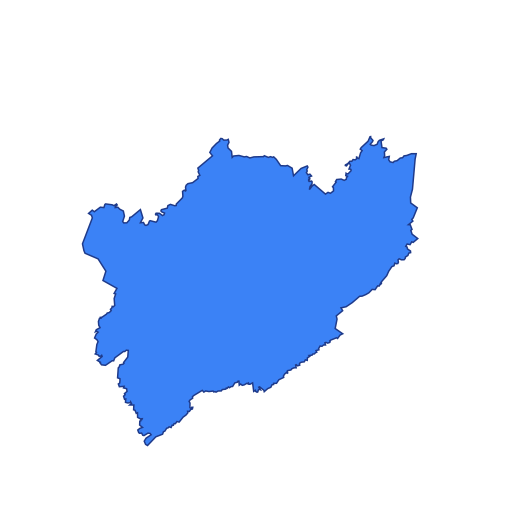 outline of Nocupétaro, Michoacán, Mexico, rotated 240°
{"feature_id": "50627088B79738723822926", "entity_name": "Nocupétaro", "entity_type": "district", "adm_level": 2, "iso_a3": "MEX", "parent_name": "Mexico", "parent_adm1": "Michoacán", "projection": "equal_earth", "projection_center": [-101.218, 19.078], "detail": "fine", "context": "isolated", "style": "filled", "palette": "blue", "viewbox_px": 512, "rotation_deg": 240, "n_neighbors": 0, "source": "geoboundaries", "source_scale": "gbopen_adm2", "svg_char_len": 6067}
<svg xmlns="http://www.w3.org/2000/svg" viewBox="0 0 512 512"><g transform="rotate(240 256 256)"><path d="M264.5,445.9L266.9,441.7L267.7,436.8L268.7,434.2L267.8,432.1L268.7,429.9L268.0,425.8L268.9,423.2L268.4,421.5L270.5,419.2L273.0,419.0L275.6,421.2L277.3,416.0L278.6,417.6L281.9,419.2L283.0,422.7L284.3,422.6L286.9,419.3L293.1,421.8L293.0,424.4L293.6,425.2L294.5,420.8L294.0,419.0L292.2,416.8L292.6,413.4L294.4,411.2L295.7,410.8L296.7,414.0L297.6,415.1L301.0,414.4L302.1,415.0L302.3,414.4L299.4,410.5L297.3,401.3L296.4,399.7L294.2,400.6L293.1,398.2L288.9,393.8L290.2,392.8L292.0,392.8L289.9,391.8L289.7,389.9L291.0,388.3L290.1,386.2L291.1,384.8L290.1,381.6L290.2,379.0L289.7,378.6L288.8,379.4L289.9,382.0L289.4,383.3L287.3,383.2L284.8,380.0L283.8,381.4L283.0,381.4L282.3,380.9L281.2,377.0L281.7,375.7L282.6,375.4L280.7,373.9L279.3,375.1L278.5,373.4L277.3,372.5L277.4,370.2L280.0,368.3L281.9,364.1L280.7,362.0L279.9,362.3L277.7,356.9L276.5,357.2L273.6,355.7L273.1,351.8L275.1,350.2L274.9,347.1L288.8,342.2L288.6,339.9L286.8,335.4L289.2,337.6L290.4,340.5L292.2,341.7L293.1,341.6L294.0,339.3L294.8,339.2L296.0,339.9L295.4,340.5L296.0,341.3L297.7,341.2L297.5,344.1L299.9,343.6L300.5,341.5L303.0,341.3L304.0,342.9L305.3,343.0L307.0,345.4L308.4,345.4L309.3,338.8L306.7,328.6L314.0,331.2L318.7,328.5L319.2,326.7L321.9,322.5L329.6,321.9L333.0,320.9L333.1,319.7L334.8,318.2L335.2,316.0L338.7,313.3L338.3,312.2L342.9,303.7L344.0,299.7L346.9,297.6L347.7,295.4L351.6,291.5L353.8,286.6L353.3,284.7L358.9,287.1L363.6,285.8L366.2,286.8L367.9,289.4L370.9,290.3L371.0,288.7L372.5,286.0L374.5,285.4L375.4,284.3L374.6,282.3L373.7,282.1L373.2,278.0L371.5,272.0L368.8,267.8L364.5,268.4L361.2,249.6L358.8,249.1L357.8,248.0L353.9,247.7L354.0,245.4L352.1,244.6L351.2,237.8L352.7,233.2L352.2,230.9L350.9,229.4L347.7,228.0L347.6,227.4L348.9,226.8L348.7,224.7L344.4,222.6L343.2,221.4L340.8,212.9L339.6,212.2L340.1,210.8L343.5,207.7L343.7,204.9L341.8,203.1L343.4,197.3L342.6,196.2L341.2,196.5L338.9,198.3L337.7,197.0L337.8,195.2L341.3,193.7L343.0,190.9L342.5,189.9L341.7,189.8L340.9,191.3L338.8,191.3L335.9,188.3L335.3,186.3L339.5,182.0L339.5,181.2L337.2,178.2L337.5,176.0L338.6,175.2L341.3,175.3L342.6,172.5L345.5,177.1L354.0,179.1L352.1,167.9L352.5,166.0L350.5,164.3L349.3,160.7L350.8,158.0L352.5,157.8L356.3,162.0L361.3,163.6L364.7,161.4L367.4,160.7L368.3,158.3L369.2,159.0L369.6,161.3L370.8,161.2L370.6,158.2L372.3,157.0L376.3,151.8L376.2,150.9L374.0,148.5L376.1,145.6L375.2,138.1L377.6,137.1L376.6,132.3L373.5,133.9L370.8,133.3L353.3,111.8L346.8,109.7L343.9,109.3L332.5,117.8L317.9,118.4L311.3,111.2L297.5,119.4L294.5,114.4L293.3,115.5L290.1,111.9L283.8,108.9L283.4,106.9L284.3,106.3L283.0,105.0L282.6,103.3L281.1,103.3L280.4,100.7L281.0,98.6L280.4,97.5L280.0,92.1L280.6,90.6L279.7,90.6L280.2,89.2L278.1,86.8L274.7,85.2L271.9,85.1L272.0,80.8L270.7,79.1L270.6,80.4L269.0,81.2L268.3,78.6L265.7,75.2L263.0,76.4L260.8,76.4L258.9,73.9L253.2,69.5L252.3,69.7L251.6,67.8L249.1,69.9L247.6,70.0L246.8,71.9L247.1,72.7L245.9,72.5L244.9,66.4L241.8,68.1L241.6,67.5L239.0,67.8L236.6,71.0L237.2,79.1L236.4,80.3L238.4,82.8L239.6,93.5L238.9,94.6L239.3,96.6L238.1,98.2L232.6,94.4L230.0,88.1L229.2,88.1L228.8,86.8L229.8,83.6L228.4,82.2L228.0,80.8L219.7,75.2L217.8,76.8L216.1,75.9L214.1,74.4L214.0,72.8L211.1,72.3L209.1,76.6L208.0,75.3L205.8,77.6L203.2,76.6L202.6,73.3L201.3,73.3L200.8,71.2L197.6,70.5L197.3,71.7L194.5,69.8L192.8,71.5L191.9,73.7L192.5,74.5L190.4,74.4L190.1,72.2L188.0,75.7L184.0,73.1L182.8,74.1L179.6,73.6L179.5,75.0L175.5,72.8L172.8,74.4L172.0,76.1L171.4,75.3L171.6,74.3L170.8,73.7L171.1,72.8L167.8,70.7L164.3,72.0L164.8,69.2L164.4,66.6L161.7,66.1L160.7,66.5L159.8,68.4L157.4,68.3L156.5,69.2L156.6,73.9L155.3,75.6L153.6,75.8L153.2,69.7L151.5,66.6L148.1,66.2L146.1,67.3L149.5,78.8L148.4,86.0L150.1,88.0L149.9,89.5L151.5,92.5L151.1,93.9L151.5,95.4L149.9,96.7L151.4,98.8L150.7,99.8L151.8,101.2L151.1,102.4L152.2,104.7L150.6,106.4L152.9,112.3L153.3,116.0L154.3,118.6L155.7,119.1L154.7,120.6L155.7,122.7L155.3,124.4L156.6,125.6L157.1,124.8L156.4,123.8L157.7,122.9L161.6,125.3L163.6,125.4L164.3,126.9L164.5,130.0L165.9,130.6L166.3,132.3L166.5,142.3L164.2,142.8L164.3,144.9L162.1,147.5L160.5,151.3L159.3,151.5L159.1,152.7L158.1,153.3L158.0,155.7L156.5,158.5L157.2,160.0L155.8,163.3L156.5,164.2L155.8,164.9L156.4,166.6L155.2,167.2L155.4,168.9L154.7,170.5L156.7,174.2L156.0,176.7L156.6,177.8L156.2,178.6L152.5,176.9L152.8,178.7L150.9,179.4L150.3,181.3L150.3,184.6L149.4,185.0L149.7,185.9L148.5,185.7L147.9,186.8L147.8,189.6L139.9,186.3L140.0,188.3L138.9,188.0L137.5,188.8L137.4,189.6L138.8,191.0L138.9,192.1L138.0,192.9L141.0,192.8L140.9,193.7L135.7,195.7L134.4,195.3L135.3,199.9L134.9,203.2L136.5,205.5L135.9,207.0L136.9,207.6L135.5,210.1L137.4,213.9L137.0,219.3L138.3,219.7L139.4,221.7L139.9,224.2L138.9,224.4L138.9,225.0L140.7,225.5L140.9,226.2L139.8,229.2L140.4,230.6L140.2,232.9L139.1,234.9L141.8,235.8L141.8,236.5L140.1,237.1L139.6,239.3L140.9,239.7L141.4,240.6L141.4,242.0L140.2,244.9L141.4,246.8L140.0,248.2L142.1,249.6L142.2,252.4L143.3,252.2L142.1,255.0L142.7,256.1L142.0,257.7L142.5,259.1L142.3,260.5L144.1,260.7L143.3,263.6L144.5,263.9L146.0,266.5L144.8,268.0L145.2,270.0L144.2,271.7L146.4,272.3L146.2,273.4L144.7,274.5L144.3,276.6L144.6,277.3L145.6,277.4L145.8,278.7L144.9,284.9L143.8,285.4L145.5,289.3L145.3,292.2L153.6,288.3L160.8,294.6L164.0,295.6L165.3,303.7L168.6,303.7L167.0,308.7L167.5,316.1L169.3,325.6L168.2,327.8L167.7,331.8L167.7,335.4L169.0,339.9L167.3,342.3L169.3,346.4L168.4,347.6L169.9,349.9L169.2,349.9L169.5,350.9L170.9,351.6L173.6,359.4L176.5,363.4L178.9,368.4L178.5,370.6L180.4,372.6L179.0,373.8L178.6,375.1L179.5,376.3L181.6,377.0L182.0,378.6L180.1,379.9L178.7,382.4L179.3,384.0L180.4,384.9L180.5,387.8L182.1,389.7L181.6,391.6L183.1,392.3L186.3,390.7L188.3,391.3L189.5,390.5L190.8,392.9L188.8,395.1L190.4,398.0L189.2,398.9L190.2,404.8L196.8,402.1L200.8,402.9L201.0,404.4L205.9,405.2L206.9,403.7L207.8,409.3L209.8,409.2L210.4,411.2L217.1,419.8L224.6,416.5L229.8,419.2L235.6,424.9L260.3,442.2L264.5,445.9Z" fill="#3b82f6" stroke="#1e3a8a" stroke-width="1.5"/></g></svg>